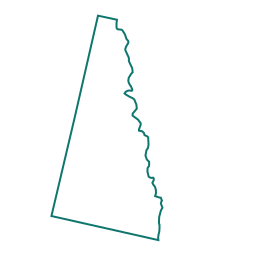 Maverick, Texas, United States of America (Robinson projection), rotated 193°
{"feature_id": "52423323B24944567676343", "entity_name": "Maverick", "entity_type": "district", "adm_level": 2, "iso_a3": "USA", "parent_name": "United States of America", "parent_adm1": "Texas", "projection": "robinson", "projection_center": [-100.434, 28.642], "detail": "fine", "context": "isolated", "style": "outline", "palette": "teal", "viewbox_px": 256, "rotation_deg": 193, "n_neighbors": 0, "source": "geoboundaries", "source_scale": "gbopen_adm2", "svg_char_len": 1240}
<svg xmlns="http://www.w3.org/2000/svg" viewBox="0 0 256 256"><g transform="rotate(193 128 128)"><path d="M182.8,25.0L73.2,25.6L74.0,28.1L74.3,31.6L74.2,33.9L74.8,37.7L75.6,41.0L76.1,41.5L76.6,43.1L77.6,48.2L77.4,55.0L76.5,58.1L79.0,61.8L78.9,64.4L78.6,64.9L80.4,67.5L81.3,67.3L86.2,67.7L86.1,71.0L86.9,73.8L88.4,76.7L90.5,78.4L91.9,80.1L91.2,83.0L91.6,84.7L92.4,85.2L94.2,84.6L95.9,84.8L97.0,85.4L99.3,90.0L99.9,93.4L98.9,95.8L99.8,99.8L102.5,101.5L104.8,105.1L105.0,110.6L104.0,113.2L104.3,116.6L106.2,123.3L107.1,124.1L110.3,124.8L111.3,126.7L113.6,128.0L116.7,127.9L117.0,129.0L116.4,133.7L116.7,135.5L120.1,138.4L126.3,141.1L126.6,142.2L126.6,143.3L123.8,148.8L125.0,152.5L128.2,157.1L130.1,158.1L133.5,158.8L138.1,160.3L139.1,160.9L138.4,162.7L137.0,164.0L135.4,164.8L132.7,165.1L132.3,166.1L134.4,169.2L135.7,170.2L137.5,172.4L138.3,174.0L138.6,176.9L138.4,177.6L137.1,181.6L136.0,183.3L137.0,186.3L137.5,187.4L141.7,192.7L142.3,193.8L142.9,196.5L148.0,203.1L148.4,204.2L148.2,206.8L146.9,210.7L147.0,212.1L147.8,213.2L149.6,214.5L152.1,218.6L155.3,221.8L156.4,222.3L160.0,221.9L160.8,222.1L161.5,222.8L162.0,224.0L162.8,227.8L163.1,231.0L182.5,230.7L182.3,126.5L182.8,25.0Z" fill="none" stroke="#0f766e" stroke-width="2"/></g></svg>